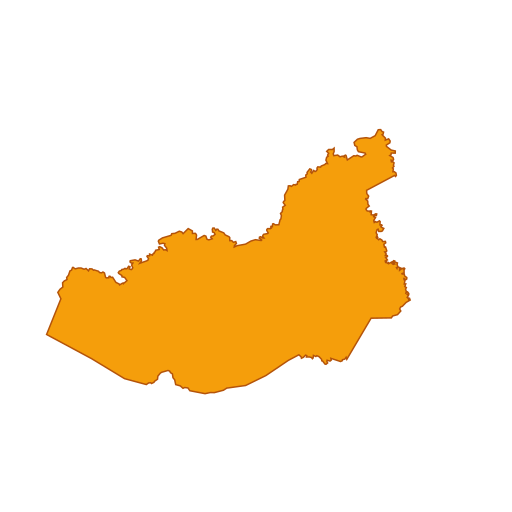 Cavally, Cavally, Ivory Coast (Mercator projection), rotated 119°
{"feature_id": "98640826B42717034718743", "entity_name": "Cavally", "entity_type": "district", "adm_level": 2, "iso_a3": "CIV", "parent_name": "Ivory Coast", "parent_adm1": "Cavally", "projection": "mercator", "projection_center": [-7.871, 6.299], "detail": "fine", "context": "isolated", "style": "filled", "palette": "amber", "viewbox_px": 512, "rotation_deg": 119, "n_neighbors": 0, "source": "geoboundaries", "source_scale": "gbopen_adm2", "svg_char_len": 6149}
<svg xmlns="http://www.w3.org/2000/svg" viewBox="0 0 512 512"><g transform="rotate(119 256 256)"><path d="M219.8,99.8L219.1,100.6L220.1,100.7L220.2,101.3L218.7,102.1L219.2,102.7L219.0,103.7L216.5,103.6L216.2,105.3L215.1,103.9L214.7,104.3L213.9,106.1L215.3,107.0L214.3,107.2L212.5,109.1L210.7,109.2L210.6,111.0L207.8,111.5L208.6,112.8L205.9,113.6L204.3,115.7L203.8,115.7L204.3,113.6L203.0,113.0L201.7,113.7L201.4,116.3L200.0,117.5L200.9,119.5L200.6,119.8L198.9,118.3L196.5,119.7L195.0,119.7L194.7,120.7L195.4,121.4L195.9,120.7L196.1,122.3L198.9,123.5L197.6,124.2L197.3,123.1L196.4,123.5L196.6,126.1L197.6,126.8L198.6,126.6L198.1,127.5L196.7,126.6L195.1,128.4L193.5,128.9L193.9,132.0L193.1,132.2L193.3,133.3L194.8,133.7L195.7,130.8L196.8,131.9L196.7,132.9L196.3,134.1L195.5,133.8L195.3,134.3L198.3,136.2L197.6,136.9L198.6,137.4L198.4,138.5L197.0,139.3L197.9,139.8L199.3,139.0L197.7,140.6L195.7,139.2L194.3,142.1L193.3,141.0L192.3,140.9L192.0,141.3L192.6,143.2L191.1,143.1L190.0,145.4L189.0,144.1L188.1,144.1L185.3,147.1L186.0,147.9L183.8,149.9L181.6,148.9L180.5,149.9L182.0,152.3L181.0,153.6L180.9,156.0L182.3,156.6L181.9,158.2L180.9,158.3L180.3,159.1L181.8,159.4L181.5,159.9L178.6,160.3L177.5,162.2L174.2,162.9L173.3,162.2L175.0,160.5L173.9,158.5L172.8,157.6L169.9,157.6L170.1,160.5L169.8,161.0L168.1,160.6L167.8,161.2L168.7,162.7L165.7,164.1L165.4,165.1L167.9,166.6L168.0,168.0L169.4,168.8L169.0,169.2L168.1,168.4L168.3,169.9L167.8,170.3L164.5,170.1L164.6,172.2L163.6,172.3L162.3,170.3L160.7,170.8L161.0,171.7L163.3,173.2L164.0,175.3L160.7,176.8L161.1,177.8L162.6,177.1L161.7,178.2L162.7,180.6L162.0,182.3L161.0,182.7L157.4,181.2L156.5,183.2L153.8,184.9L153.1,187.7L152.5,187.8L151.7,186.1L149.0,186.5L147.7,189.4L144.9,191.1L118.4,173.9L118.8,172.5L117.4,172.3L115.5,173.9L115.2,176.1L115.9,177.1L113.2,178.1L112.8,179.3L110.7,178.8L110.0,179.8L107.6,180.4L107.3,182.0L108.0,183.2L106.7,184.3L106.1,182.5L104.8,182.5L103.4,183.9L103.3,187.7L102.0,187.0L100.4,187.6L98.5,184.1L96.6,185.1L97.8,189.1L96.9,195.0L95.8,195.8L92.1,193.8L90.4,194.4L89.2,196.8L92.0,199.1L90.2,199.9L88.8,204.5L87.8,203.9L85.8,204.5L86.0,206.3L85.0,208.2L85.7,209.4L86.3,210.3L93.0,210.1L97.8,213.2L99.1,217.0L102.7,222.0L104.7,223.9L109.1,225.3L111.4,223.2L111.5,220.7L114.0,218.8L115.1,217.0L113.1,210.6L113.8,209.4L117.7,211.2L118.4,212.0L118.9,216.4L120.1,217.1L120.9,219.1L127.7,222.7L124.4,226.0L124.4,226.7L125.8,227.6L126.6,226.7L126.8,228.9L128.5,230.6L128.1,233.5L130.5,236.6L129.2,238.0L126.8,238.3L123.8,240.0L125.8,240.8L127.6,244.1L130.2,244.9L130.9,242.3L133.1,242.3L133.7,241.3L135.4,242.1L138.3,241.3L140.5,238.2L141.3,239.9L142.6,240.1L145.7,242.6L146.9,242.6L148.1,245.2L149.6,245.3L150.6,244.3L153.0,244.8L153.5,245.3L153.2,247.0L156.6,247.3L156.1,248.9L154.4,248.8L153.5,249.4L153.7,251.2L158.1,251.9L159.2,251.0L161.1,251.7L162.9,250.5L168.1,255.2L169.9,254.4L170.8,255.6L173.2,254.7L173.9,255.7L174.7,255.7L175.3,257.7L178.0,258.8L178.0,260.2L179.0,261.7L182.1,260.5L188.9,260.5L193.4,257.7L195.0,258.3L196.1,258.1L197.5,255.0L200.4,256.4L202.1,255.1L203.1,255.2L204.4,254.5L206.9,255.2L208.3,253.4L211.5,252.2L212.6,252.5L217.6,251.2L219.4,254.2L219.3,256.4L219.9,257.0L222.4,255.9L222.6,257.2L223.5,257.2L224.2,256.2L225.1,256.7L226.4,259.1L227.5,259.4L228.4,259.0L229.9,256.5L230.6,256.6L233.3,259.8L234.6,260.0L235.6,259.7L236.4,257.8L236.9,258.7L236.9,261.3L237.8,262.1L238.9,261.7L238.9,259.8L239.3,258.8L240.0,259.0L242.0,264.4L245.4,267.7L250.7,270.9L256.1,277.5L258.7,279.4L257.3,279.9L254.5,279.2L253.2,280.7L255.0,282.4L254.3,284.7L255.3,286.4L252.6,287.9L252.2,289.1L252.5,293.2L251.4,295.4L252.0,300.7L251.1,302.2L251.5,303.3L253.1,303.6L251.8,306.1L252.5,307.3L253.8,307.2L256.1,305.6L255.8,303.9L256.9,302.3L259.2,303.2L260.2,304.6L261.5,304.7L262.2,302.7L264.8,305.1L265.1,307.0L262.9,309.5L263.2,311.3L270.0,315.4L270.6,316.4L266.6,318.1L265.9,319.1L265.6,320.1L267.1,322.5L264.9,323.8L264.9,328.6L271.8,330.6L271.0,332.5L271.5,335.1L275.4,337.8L277.3,340.5L279.1,340.3L285.5,346.6L289.3,348.7L290.4,348.6L292.3,346.3L289.9,343.5L289.4,341.7L291.1,341.2L292.4,338.0L294.4,336.4L294.5,338.3L295.5,339.7L294.4,342.1L294.5,344.8L295.5,345.5L297.2,343.8L299.7,346.6L300.9,346.2L302.3,346.8L303.1,346.4L304.3,347.2L305.5,347.0L305.9,350.0L307.4,349.2L308.4,351.2L309.3,351.1L310.3,348.8L312.1,348.5L313.3,349.3L318.7,354.1L315.8,353.8L314.2,355.0L314.5,355.9L317.4,356.3L318.0,359.9L321.1,363.7L322.3,363.3L322.6,361.6L321.9,360.3L324.2,360.4L326.0,358.1L327.0,358.0L328.4,358.5L328.8,360.6L326.5,361.0L326.7,362.4L329.6,362.7L330.4,363.6L330.3,364.6L331.9,365.5L332.8,366.8L333.8,366.8L335.5,368.2L337.3,368.4L337.8,367.6L338.1,363.9L339.2,363.1L338.4,360.5L340.1,356.9L343.3,358.1L343.8,358.8L344.5,358.6L344.5,359.6L347.4,361.3L346.8,362.1L347.0,365.7L344.1,371.1L345.0,372.3L344.5,374.0L345.1,374.7L346.4,374.2L347.7,376.3L347.5,377.3L344.3,380.3L344.2,382.1L345.6,382.9L346.3,384.8L345.7,386.4L346.6,390.7L347.2,391.2L346.8,393.2L347.9,395.4L350.2,395.3L349.3,398.6L350.9,399.9L351.3,403.2L352.7,405.6L354.9,407.9L354.6,410.5L355.0,410.9L357.8,410.5L359.2,411.5L363.8,410.7L366.6,411.2L368.2,409.9L370.8,411.6L373.2,412.2L376.8,409.9L380.1,411.3L383.9,411.7L388.0,405.9L426.2,401.1L425.5,350.2L427.0,311.5L421.6,289.6L419.1,288.4L417.9,286.7L418.2,285.6L416.0,284.0L414.8,284.0L411.5,282.4L408.7,283.6L404.9,282.9L403.5,282.2L398.8,277.5L398.5,275.8L399.5,274.2L399.6,272.0L402.7,269.6L403.7,267.1L407.4,263.9L406.3,259.2L407.1,255.7L405.6,254.6L404.4,251.6L405.9,248.5L401.1,233.8L397.6,229.8L395.7,226.2L389.2,219.4L385.7,217.5L374.3,202.3L355.8,189.4L331.6,177.1L321.6,170.6L322.3,167.7L323.4,166.7L321.6,165.4L318.7,164.6L318.5,163.3L319.9,162.9L318.4,160.3L317.9,158.2L318.5,156.9L317.5,156.6L315.1,157.6L314.9,154.9L313.7,154.5L313.5,151.9L314.6,148.6L315.8,147.6L315.6,146.7L317.1,143.3L316.8,142.3L314.8,141.5L313.9,142.9L312.7,143.3L312.0,140.3L310.5,139.7L309.2,140.9L307.3,130.9L305.8,129.8L304.8,130.1L303.1,128.3L300.9,128.1L302.3,126.5L254.6,125.2L244.5,107.6L242.2,107.4L238.7,103.8L233.9,102.7L232.7,104.7L230.5,104.8L229.0,103.6L223.8,102.2L219.8,99.8Z" fill="#f59e0b" stroke="#b45309" stroke-width="1.5"/></g></svg>